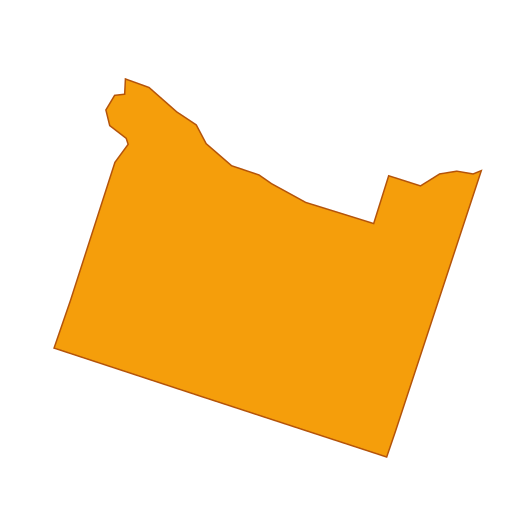 Rusk, Texas, United States of America (orthographic projection), rotated 288°
{"feature_id": "52423323B2750647625909", "entity_name": "Rusk", "entity_type": "district", "adm_level": 2, "iso_a3": "USA", "parent_name": "United States of America", "parent_adm1": "Texas", "projection": "orthographic", "projection_center": [-94.628, 32.126], "detail": "fine", "context": "isolated", "style": "filled", "palette": "amber", "viewbox_px": 512, "rotation_deg": 288, "n_neighbors": 0, "source": "geoboundaries", "source_scale": "gbopen_adm2", "svg_char_len": 508}
<svg xmlns="http://www.w3.org/2000/svg" viewBox="0 0 512 512"><g transform="rotate(288 256 256)"><path d="M106.0,92.4L105.5,247.7L105.2,442.4L131.9,442.8L406.8,443.9L401.1,437.1L398.7,420.7L390.8,405.3L373.5,390.8L373.3,357.4L323.2,357.9L322.3,286.7L329.6,248.3L334.0,233.8L334.3,204.9L347.4,173.9L362.2,158.7L368.5,136.2L383.2,102.2L384.0,77.1L369.3,81.1L365.1,71.9L348.5,68.1L334.8,76.6L327.8,96.2L322.7,99.9L301.5,92.9L156.3,93.3L106.0,92.4Z" fill="#f59e0b" stroke="#b45309" stroke-width="1.5"/></g></svg>